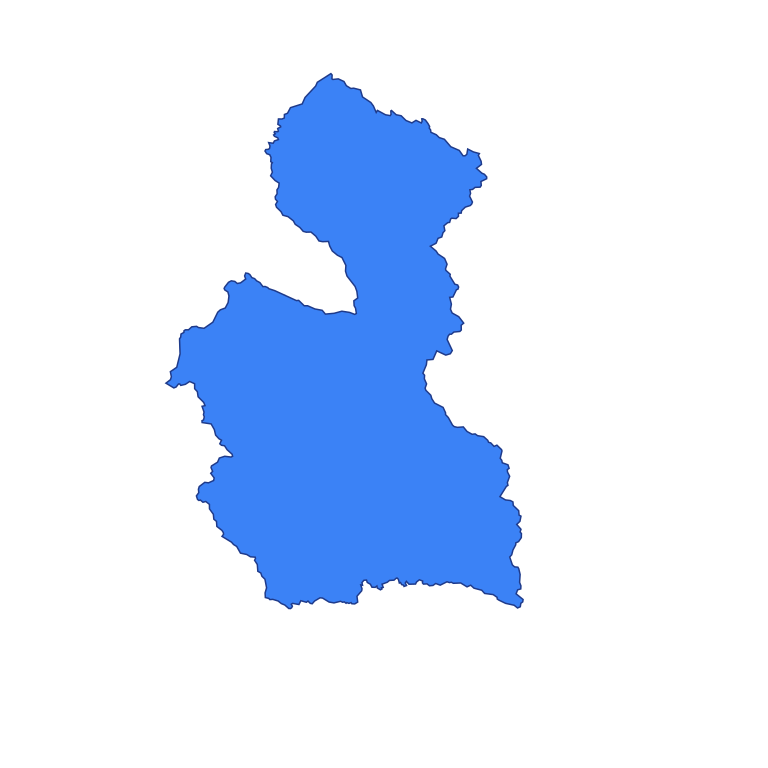 outline of Betong, Yala, Thailand, rotated 306°
{"feature_id": "78962969B29440700427684", "entity_name": "Betong", "entity_type": "district", "adm_level": 2, "iso_a3": "THA", "parent_name": "Thailand", "parent_adm1": "Yala", "projection": "natural_earth1", "projection_center": [101.211, 5.836], "detail": "fine", "context": "isolated", "style": "filled", "palette": "blue", "viewbox_px": 768, "rotation_deg": 306, "n_neighbors": 0, "source": "geoboundaries", "source_scale": "gbopen_adm2", "svg_char_len": 6171}
<svg xmlns="http://www.w3.org/2000/svg" viewBox="0 0 768 768"><g transform="rotate(306 384 384)"><path d="M603.9,158.6L588.9,152.7L584.9,153.6L569.4,151.7L562.5,153.2L552.6,145.9L546.3,146.8L543.5,145.0L540.6,147.0L538.4,145.7L536.4,142.8L531.7,145.5L531.9,148.6L531.3,149.3L528.2,147.8L526.5,149.9L525.7,149.8L523.9,147.0L522.8,147.4L522.5,149.0L520.6,148.3L520.0,149.8L520.7,153.4L519.7,154.9L516.3,152.5L513.6,152.8L511.5,148.8L509.6,151.8L507.5,152.9L506.0,152.6L504.1,150.5L502.5,150.8L501.4,153.7L502.3,156.8L500.9,159.4L497.3,161.7L497.4,163.6L495.9,163.6L492.3,165.9L489.8,169.2L485.8,169.9L484.6,176.3L484.9,181.1L481.0,183.2L478.1,183.3L475.1,185.7L471.5,185.9L469.7,187.6L469.1,190.5L465.5,190.8L463.8,193.2L462.9,199.4L461.1,203.0L463.0,208.0L462.7,214.8L461.0,218.3L461.2,223.9L460.0,228.9L461.1,231.8L464.0,235.6L463.5,242.0L461.5,247.3L463.0,250.6L466.7,255.3L463.7,259.0L461.2,264.0L460.8,270.6L461.6,275.7L457.5,283.5L452.7,286.5L449.6,290.6L445.9,303.3L443.0,307.6L438.1,312.2L433.6,310.7L429.8,313.8L428.6,316.4L424.8,320.2L423.1,319.4L421.7,314.1L418.1,307.1L411.9,302.1L406.1,295.5L407.3,290.7L404.1,284.0L402.4,276.2L400.4,273.5L401.5,265.8L400.0,264.1L395.3,240.7L393.4,234.8L393.7,233.3L393.0,230.5L391.6,228.8L393.1,224.0L392.6,220.3L393.2,217.4L392.4,214.6L393.7,211.1L393.6,209.1L392.5,206.9L389.5,207.7L387.6,210.4L381.5,208.5L379.1,206.2L379.3,203.0L377.7,199.8L374.9,198.4L368.8,198.2L367.3,198.5L366.5,199.9L366.7,203.6L364.1,206.8L358.3,210.0L352.2,210.9L347.8,208.0L344.4,207.3L333.4,209.2L323.3,205.7L320.6,200.7L320.5,198.5L317.3,194.9L313.0,194.0L311.0,191.4L309.5,190.9L308.1,191.8L305.1,190.4L302.4,192.0L300.4,192.0L288.5,201.3L275.7,206.5L268.4,203.9L264.9,207.7L262.0,208.7L256.5,207.1L257.3,216.3L259.4,217.6L263.2,217.7L264.0,218.7L263.4,220.4L267.0,223.5L271.8,225.3L272.9,230.6L268.9,233.6L268.1,237.5L264.4,241.1L263.1,249.0L261.3,251.9L259.0,249.9L255.5,254.9L253.0,256.0L251.8,257.9L248.9,259.1L247.3,258.3L245.9,259.5L250.1,267.6L247.4,273.5L243.7,277.8L242.7,282.6L243.0,285.6L239.1,286.3L238.9,288.5L240.3,291.3L238.6,295.7L237.9,302.4L236.5,304.0L235.0,303.2L231.9,297.6L227.3,294.3L222.9,295.3L216.3,292.6L214.7,293.2L212.6,296.7L209.9,296.3L208.2,301.8L205.8,302.9L200.9,300.1L199.1,296.8L192.5,294.8L189.8,295.7L187.2,298.0L183.2,298.0L181.0,301.0L181.0,302.7L182.2,303.7L181.9,307.0L184.2,308.9L184.0,313.5L180.4,316.2L178.3,322.5L174.6,325.8L174.4,329.2L170.5,332.5L170.3,339.0L169.3,341.4L168.2,342.5L165.5,342.5L166.4,353.6L165.7,356.6L166.0,360.3L162.8,367.3L165.4,373.2L165.7,377.5L168.2,381.6L167.3,382.6L165.3,382.9L163.5,387.6L158.3,392.0L158.7,395.4L156.7,398.2L156.1,402.4L150.1,408.8L145.1,410.6L141.5,413.5L142.8,416.8L142.5,418.4L144.4,420.6L146.2,425.9L146.0,430.0L146.9,433.6L146.4,438.9L147.4,440.4L148.8,440.8L150.4,440.5L151.3,438.4L152.8,439.0L155.6,444.8L159.8,444.1L161.8,449.5L163.7,450.1L163.2,453.3L164.0,455.1L167.6,455.4L173.4,457.9L174.7,460.1L175.3,467.7L177.5,472.2L182.7,476.6L183.1,478.8L184.4,480.0L184.3,482.2L185.3,482.4L185.9,484.6L187.8,485.8L187.3,487.1L188.9,489.6L192.1,490.9L196.4,486.9L203.6,487.5L205.4,486.6L207.8,483.3L208.6,484.9L210.4,482.9L213.4,483.1L215.1,485.1L213.6,487.1L214.0,490.7L212.5,493.7L214.3,496.4L216.4,497.0L215.0,498.5L215.4,502.1L217.0,502.8L217.6,501.7L219.0,502.9L220.9,500.1L225.6,503.2L228.3,503.9L231.2,507.4L234.2,508.1L234.8,509.0L234.3,510.6L232.0,513.4L233.1,514.0L232.1,516.2L232.8,518.1L232.0,519.2L234.2,520.7L235.5,518.2L237.5,518.1L236.7,521.9L240.7,527.1L242.9,526.7L246.4,527.7L247.3,531.1L245.7,532.0L245.3,533.5L247.6,536.3L247.5,539.4L249.8,542.0L253.0,543.1L254.3,547.7L261.0,551.2L261.8,553.7L263.2,555.0L263.5,557.2L268.1,563.0L268.7,570.4L272.2,572.4L271.7,576.8L274.6,584.3L273.7,588.5L277.8,596.1L277.9,600.9L276.6,602.0L276.7,604.1L278.0,611.3L281.5,619.3L281.3,623.7L283.9,625.2L287.0,623.6L289.3,624.3L291.4,623.2L291.9,614.2L296.0,613.1L298.6,615.1L301.2,613.4L303.2,610.3L309.9,606.1L313.7,601.7L314.5,600.0L312.8,597.1L313.1,594.2L317.9,587.4L320.9,587.7L325.5,585.9L331.3,585.1L332.9,584.0L335.6,585.5L340.4,585.4L343.8,583.1L344.3,581.1L347.0,580.2L348.4,573.9L352.8,574.7L357.6,572.5L357.3,570.4L360.7,567.4L361.7,560.0L364.4,557.6L364.0,554.7L361.6,550.4L361.0,544.0L373.2,543.2L374.8,543.9L376.8,541.7L383.2,539.9L385.4,535.6L387.2,534.1L389.3,534.8L391.5,531.8L389.8,526.0L391.5,524.1L392.2,521.7L399.2,518.8L400.0,517.7L400.9,511.3L398.2,509.7L399.1,505.0L398.3,502.8L399.4,501.1L400.0,495.6L397.2,490.1L397.2,487.1L395.1,484.8L394.4,479.1L395.9,473.4L392.1,468.9L390.8,465.9L391.0,463.6L394.7,455.7L395.4,451.8L396.9,450.7L399.8,445.6L398.3,436.1L400.2,431.3L402.4,428.5L403.5,421.6L404.8,419.7L409.1,418.4L411.9,413.6L414.9,411.7L415.6,409.1L424.4,407.0L428.7,404.6L432.7,409.2L441.8,407.2L443.7,417.0L447.5,419.9L451.2,419.6L457.1,408.9L460.4,407.7L462.8,407.8L464.0,409.3L467.1,410.0L471.1,414.5L473.1,414.8L476.9,411.9L480.1,412.7L482.4,404.9L481.5,397.4L483.6,393.8L488.2,391.6L492.7,386.2L494.9,388.6L502.9,387.2L504.1,388.1L506.3,387.4L507.4,385.4L506.4,382.6L510.0,373.9L511.7,373.1L512.3,367.3L513.3,366.1L518.0,364.6L521.2,359.2L520.9,351.4L522.2,348.0L522.7,340.5L528.6,343.4L533.6,342.1L536.9,344.3L541.1,342.8L543.8,343.1L547.2,339.5L552.0,340.7L553.3,342.1L556.8,340.9L558.0,341.4L560.2,345.1L563.4,345.7L565.9,343.8L567.6,346.0L569.9,344.9L574.9,345.8L579.1,348.9L581.1,349.2L583.2,348.6L586.3,342.8L589.1,342.0L591.6,339.3L593.5,341.3L596.6,342.1L599.8,346.1L601.8,346.0L604.8,343.4L610.4,346.4L611.9,345.4L612.7,342.0L612.1,339.2L612.8,332.0L619.0,333.8L621.3,331.6L624.4,325.9L626.5,325.7L624.3,319.9L623.3,313.6L618.5,316.0L616.2,315.4L615.1,313.8L617.2,307.6L615.2,298.6L617.5,289.0L615.8,283.8L616.4,279.8L615.2,274.0L617.0,272.3L617.6,270.2L619.1,269.6L620.6,266.4L621.9,262.3L621.4,259.5L620.7,258.7L619.0,260.4L617.1,260.7L616.1,254.9L611.6,253.1L610.1,246.9L611.1,240.2L609.0,235.6L609.7,229.3L608.9,229.0L606.3,231.2L604.8,231.3L602.7,227.0L601.5,217.9L599.1,218.1L602.7,212.0L604.0,207.9L603.6,197.9L608.1,192.1L605.5,185.6L603.6,183.5L603.2,178.2L605.2,173.8L604.0,167.7L600.3,163.6L600.3,162.5L603.5,160.4L603.9,158.6Z" fill="#3b82f6" stroke="#1e3a8a" stroke-width="1.5"/></g></svg>